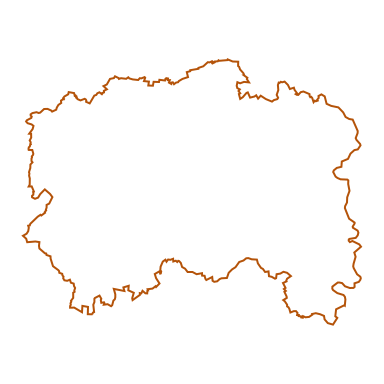 outline of Callan-Thomastown Lea-6, Kilkenny, Ireland
{"feature_id": "5873133B16918470579073", "entity_name": "Callan-Thomastown Lea-6", "entity_type": "district", "adm_level": 2, "iso_a3": "IRL", "parent_name": "Ireland", "parent_adm1": "Kilkenny", "projection": "albers", "projection_center": [-7.206, 52.516], "detail": "fine", "context": "isolated", "style": "outline", "palette": "amber", "viewbox_px": 384, "rotation_deg": 0, "n_neighbors": 0, "source": "geoboundaries", "source_scale": "gbopen_adm2", "svg_char_len": 5812}
<svg xmlns="http://www.w3.org/2000/svg" viewBox="0 0 384 384"><path d="M333.0,324.6L337.3,317.9L335.3,316.3L336.1,309.3L344.2,305.3L344.8,305.7L345.4,299.5L344.9,296.8L343.5,295.0L337.3,293.1L333.0,290.0L332.3,288.7L332.4,286.6L337.8,282.5L339.3,282.5L342.1,283.1L345.0,286.3L349.8,288.0L353.5,287.9L354.6,286.9L354.5,283.3L358.8,281.9L360.3,279.8L360.8,278.2L360.3,276.7L357.1,274.3L353.7,268.1L353.2,266.3L353.6,263.7L355.6,256.8L354.3,252.5L361.0,246.7L359.3,244.4L352.4,241.0L349.9,242.1L348.7,240.7L348.8,239.4L349.5,238.9L355.7,237.9L357.7,235.4L358.4,232.7L357.6,230.6L352.9,227.7L352.7,226.6L354.6,223.5L354.6,222.6L349.1,218.7L344.9,208.1L345.1,206.2L347.0,202.5L347.2,197.3L349.5,190.9L348.2,184.0L348.3,180.4L347.4,179.6L340.5,179.3L337.5,178.0L335.6,176.6L333.2,172.0L333.8,170.4L336.8,167.9L341.4,166.8L341.8,161.5L348.0,158.9L350.5,153.6L354.4,150.1L357.8,149.4L360.5,145.4L360.1,144.0L356.5,139.9L355.7,138.1L357.6,133.1L357.7,131.0L352.7,119.6L349.2,119.0L345.6,117.0L343.2,112.4L338.4,107.4L331.2,105.9L326.6,103.8L324.7,96.4L321.4,94.4L318.5,96.0L318.7,97.9L317.2,99.7L317.7,100.6L315.8,101.3L314.8,100.7L313.6,102.2L312.2,97.9L311.2,96.8L310.3,97.2L309.6,96.0L309.5,94.1L303.4,91.5L300.7,92.2L298.3,94.9L296.8,94.8L295.7,94.1L297.0,93.2L294.5,89.8L293.9,87.7L289.9,89.0L287.9,84.9L284.6,81.6L282.1,82.3L280.8,81.8L279.6,82.9L278.7,82.6L277.9,85.1L278.3,90.1L276.7,94.9L278.1,97.8L277.3,99.1L273.9,100.1L272.0,101.6L265.9,99.1L260.7,95.7L258.1,98.6L256.2,95.3L254.5,96.5L250.1,97.6L247.8,92.4L246.5,92.9L242.8,97.2L240.2,98.9L238.9,94.0L240.2,93.3L238.5,91.0L239.8,89.4L237.3,88.1L236.7,85.8L237.4,82.2L240.1,83.3L244.0,81.9L249.0,82.4L246.8,79.0L247.4,77.8L243.8,75.2L244.2,75.1L243.4,73.2L240.1,69.5L239.1,66.8L238.1,66.0L238.2,61.7L232.7,61.5L227.7,59.4L227.5,60.1L219.2,60.8L218.5,60.3L217.8,61.3L214.9,61.5L214.8,62.3L211.7,63.8L213.1,61.9L212.1,61.2L209.6,62.4L207.8,62.2L203.3,66.3L198.4,67.9L198.4,68.8L190.2,70.2L190.2,71.2L186.8,72.1L188.0,77.1L182.5,78.9L178.8,81.1L178.1,82.2L176.0,82.6L174.0,84.2L172.8,82.3L171.3,82.6L171.2,83.9L168.9,82.6L169.8,80.1L167.8,80.1L168.0,78.5L166.4,78.2L166.3,78.9L165.4,79.0L165.0,80.5L159.4,79.8L159.0,82.0L153.6,81.8L152.9,85.7L148.3,85.5L148.9,81.6L144.0,81.1L145.2,77.8L144.6,77.1L141.3,78.4L139.8,78.2L138.2,80.0L132.7,79.4L129.3,78.4L128.3,77.3L126.2,78.8L121.0,78.2L119.0,78.9L118.8,78.2L115.0,76.3L113.9,78.1L110.0,78.9L106.8,84.5L103.5,86.1L106.9,89.3L103.9,90.8L104.0,92.4L101.8,93.2L102.2,93.8L101.9,94.2L99.4,92.3L97.3,93.3L96.3,94.9L94.3,95.6L89.7,103.4L86.1,101.8L86.3,100.4L85.8,99.5L84.7,98.8L80.5,100.4L78.1,99.4L77.3,98.9L76.6,96.9L76.1,97.4L75.6,96.5L75.9,96.2L75.5,95.4L74.7,95.7L74.1,93.1L68.7,92.1L68.2,94.3L64.4,96.5L63.2,98.1L64.6,99.6L63.3,99.1L61.0,100.6L61.2,103.0L58.4,104.9L56.8,107.6L56.2,109.7L52.1,111.6L51.3,110.6L47.6,108.9L44.1,109.0L40.2,112.6L38.7,113.0L36.5,112.2L32.4,113.1L30.6,114.4L30.7,115.7L31.7,116.5L31.3,117.9L26.8,120.3L26.1,121.5L27.6,123.2L31.6,124.4L33.5,125.9L32.6,129.1L29.2,133.7L31.1,133.8L31.2,137.6L29.7,140.5L30.5,141.8L30.7,142.9L30.4,143.5L30.8,144.3L30.2,144.7L29.8,146.5L28.8,147.3L28.5,149.0L28.7,149.9L32.3,150.0L33.3,153.7L33.1,154.8L31.8,156.4L32.0,157.5L31.5,158.5L31.5,161.0L32.5,162.3L30.4,164.5L30.3,168.1L29.0,172.2L29.4,173.5L29.1,175.7L29.8,178.4L29.7,184.6L28.7,186.5L31.7,186.4L33.9,191.6L33.1,192.0L33.4,193.0L33.3,194.7L32.0,195.9L32.1,197.3L35.0,198.8L38.1,197.6L40.2,194.1L44.8,189.4L50.1,194.0L52.4,197.1L49.2,203.6L46.6,204.9L46.6,207.6L45.8,210.0L46.1,210.4L44.7,212.2L45.0,212.8L41.3,215.5L40.5,214.8L37.7,216.7L30.3,223.8L29.8,225.4L28.2,225.7L28.8,227.7L28.2,231.2L26.6,233.7L23.0,235.8L26.2,238.7L27.2,242.2L35.4,241.5L39.4,242.1L39.0,245.9L39.4,248.5L44.9,253.3L46.2,253.5L46.5,255.0L50.5,256.3L50.6,258.6L53.0,266.2L58.4,270.2L59.1,271.1L59.3,272.8L62.2,273.8L62.5,275.5L63.5,276.6L63.2,278.3L64.4,280.3L67.2,280.8L69.9,279.7L70.9,282.7L73.7,283.6L74.0,286.0L75.1,288.0L74.3,290.5L74.6,291.8L73.2,292.7L73.2,297.9L71.0,300.8L71.3,301.7L70.5,303.3L70.8,304.8L70.1,306.0L70.1,307.7L74.2,307.6L82.0,312.2L82.4,305.9L88.0,306.9L87.8,314.2L92.6,314.3L92.3,314.2L92.9,312.6L94.1,312.1L93.3,304.8L94.4,302.0L94.4,298.7L94.9,298.0L99.5,295.6L101.3,298.8L100.8,300.1L101.3,302.8L104.0,302.3L104.4,303.1L103.8,304.7L107.6,304.2L111.1,306.2L112.2,305.2L113.4,300.6L114.8,299.3L115.3,297.3L115.3,294.3L113.8,288.9L124.4,291.0L123.4,287.4L128.7,285.8L128.3,290.3L133.8,292.8L132.2,298.2L132.6,300.1L139.9,294.9L139.8,293.1L141.3,293.4L142.5,290.8L145.4,293.3L147.2,293.4L147.4,290.7L148.1,290.5L147.6,289.2L152.5,288.6L155.6,286.2L156.1,287.0L159.5,283.5L156.1,278.2L154.8,274.0L159.5,271.3L160.2,273.6L160.8,273.4L161.2,271.4L160.3,270.1L160.6,266.7L162.8,261.6L165.4,259.7L166.5,261.7L168.1,259.5L170.4,259.8L173.1,258.8L173.3,261.5L175.8,260.7L177.2,262.0L178.2,260.8L179.0,261.0L180.8,262.9L182.1,267.0L185.1,268.7L187.6,272.0L192.5,272.0L196.6,274.2L202.0,273.2L202.1,275.6L204.6,275.8L205.4,278.8L206.3,280.0L212.2,277.0L212.6,280.8L214.2,281.8L217.2,281.3L219.6,279.1L221.5,278.3L226.9,278.0L228.7,272.8L232.1,269.4L235.5,267.2L239.2,262.0L243.5,260.5L246.2,258.3L248.3,258.1L251.7,259.3L256.9,259.6L257.9,263.4L261.0,267.9L262.9,268.9L265.1,272.0L268.5,271.4L269.0,276.2L271.7,276.8L275.0,278.7L276.1,278.2L276.6,274.2L280.3,273.6L283.4,271.8L287.1,272.8L290.9,276.1L287.1,278.7L286.2,280.8L286.5,281.4L283.0,283.0L285.5,287.9L283.9,289.0L285.8,290.9L284.4,291.8L286.6,296.5L286.8,297.9L283.3,300.1L284.8,301.3L287.1,304.7L287.1,306.4L288.4,307.2L289.3,308.7L290.4,312.5L293.9,311.1L296.0,311.1L297.5,312.9L297.1,315.0L298.8,315.0L298.7,316.1L301.2,316.4L301.2,317.4L302.8,317.7L303.1,316.2L305.5,317.3L309.1,316.9L312.3,314.7L312.1,314.0L315.8,313.2L320.0,314.2L324.0,315.9L324.6,319.4L327.8,323.1L333.0,324.6Z" fill="none" stroke="#b45309" stroke-width="2"/></svg>